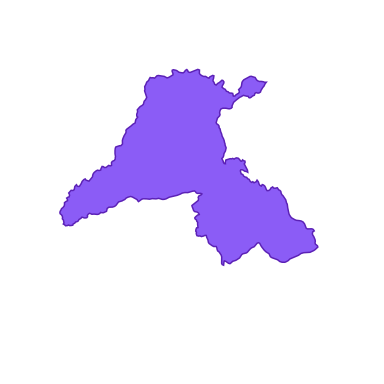 the district of Buenópolis, Minas Gerais, Brazil, rotated 235°
{"feature_id": "56859067B56539099498918", "entity_name": "Buenópolis", "entity_type": "district", "adm_level": 2, "iso_a3": "BRA", "parent_name": "Brazil", "parent_adm1": "Minas Gerais", "projection": "robinson", "projection_center": [-44.044, -17.849], "detail": "fine", "context": "isolated", "style": "filled", "palette": "violet", "viewbox_px": 384, "rotation_deg": 235, "n_neighbors": 0, "source": "geoboundaries", "source_scale": "gbopen_adm2", "svg_char_len": 6084}
<svg xmlns="http://www.w3.org/2000/svg" viewBox="0 0 384 384"><g transform="rotate(235 192 192)"><path d="M239.3,315.8L240.2,314.5L241.6,313.5L243.0,312.0L243.9,310.6L245.4,309.6L246.8,309.2L249.6,309.4L252.8,306.9L253.4,305.8L254.2,298.9L253.8,297.2L253.2,295.9L250.3,293.1L249.7,291.9L249.1,288.9L247.8,288.7L246.6,288.0L246.2,286.8L246.4,283.8L246.0,282.1L246.9,280.9L249.4,281.9L250.4,281.0L251.1,280.0L252.0,279.3L253.4,279.1L254.7,278.0L257.1,278.1L258.2,277.4L260.5,276.7L261.5,277.6L262.8,280.3L263.8,281.3L265.5,281.3L266.4,280.7L266.0,277.2L266.2,275.4L265.8,273.1L267.2,272.4L269.3,272.9L270.9,272.9L271.9,273.7L272.7,274.8L274.6,276.6L275.6,275.9L276.1,272.7L275.5,271.2L277.0,270.2L278.8,269.5L280.0,267.8L281.6,266.8L283.5,266.1L285.0,266.1L287.6,268.1L289.1,267.1L291.0,259.1L291.8,258.2L292.9,257.8L294.0,258.2L295.3,258.0L295.4,256.3L294.7,254.5L294.7,253.0L296.3,251.2L297.8,249.9L299.6,249.4L300.9,248.7L302.9,246.8L303.1,245.6L302.2,244.9L299.8,244.3L298.9,243.6L299.1,240.0L299.3,238.4L299.8,237.0L302.6,235.6L306.7,231.3L307.3,230.0L306.7,226.7L308.0,225.6L308.7,224.3L309.8,223.4L309.2,222.0L308.5,220.9L308.1,219.5L308.0,218.0L306.4,215.6L305.5,213.7L303.0,212.3L302.1,211.2L295.5,209.2L294.8,208.0L294.1,206.4L293.8,204.9L291.7,202.4L291.5,200.5L291.7,199.1L291.6,197.9L290.7,194.3L289.3,193.7L288.3,192.7L287.5,191.4L285.9,190.3L284.5,190.5L283.6,187.6L282.5,186.3L281.2,185.1L281.4,182.2L281.1,180.5L280.9,174.7L280.5,173.3L279.4,172.7L278.4,171.8L277.0,168.6L275.2,165.8L274.1,164.5L271.2,162.6L270.7,160.5L271.5,159.1L272.6,155.5L272.0,154.4L270.1,152.7L267.5,150.9L265.0,149.7L264.1,148.8L263.0,148.0L262.4,146.5L262.8,144.4L262.4,143.0L259.9,141.3L260.3,140.0L261.6,139.0L261.4,135.7L262.3,134.3L263.7,133.9L264.5,133.0L263.3,130.8L262.3,129.7L262.9,128.2L264.1,127.1L264.3,125.6L264.1,123.1L263.7,121.8L262.8,120.4L261.5,119.2L260.0,113.8L262.5,112.0L264.0,112.0L264.2,110.6L263.7,108.1L262.4,106.0L261.2,103.0L261.9,101.9L262.8,101.3L264.2,101.6L264.1,100.3L263.6,99.0L261.5,96.9L261.5,95.3L262.7,94.0L261.9,90.4L260.7,90.3L259.5,89.8L258.5,88.5L258.9,87.3L258.9,85.8L257.4,85.7L256.3,85.1L256.5,83.2L256.4,81.4L255.0,80.5L253.8,79.2L253.3,77.4L253.2,75.6L252.5,74.5L251.9,73.1L251.2,72.2L249.9,71.5L248.2,72.0L246.6,71.9L245.3,71.3L244.4,70.4L242.9,70.6L240.1,69.4L239.6,68.2L238.3,68.8L236.8,69.1L236.0,70.7L235.7,72.0L234.7,72.5L233.9,73.7L233.2,75.3L234.0,76.4L233.7,78.0L234.2,79.4L233.7,80.6L233.5,82.0L234.3,83.7L234.1,85.9L234.6,87.1L233.9,88.0L232.9,88.6L232.1,89.4L231.3,91.0L231.6,92.2L232.9,92.9L233.4,94.5L233.4,95.7L232.5,96.5L231.2,97.2L230.1,99.1L228.0,101.5L227.4,102.8L227.3,104.2L227.7,105.4L226.6,106.4L225.8,107.6L225.2,110.9L227.2,113.1L227.2,115.2L225.2,118.3L224.6,120.4L224.7,122.2L226.0,126.1L224.8,129.7L224.7,131.1L224.4,132.6L224.8,134.6L224.5,136.5L224.1,137.7L223.5,139.2L222.1,140.3L217.2,142.7L216.1,142.5L214.8,142.7L214.9,146.6L214.5,148.0L212.8,150.4L210.4,153.2L209.4,155.6L207.0,158.6L205.9,161.1L203.0,163.4L202.0,164.9L201.3,166.7L200.8,170.4L197.8,177.9L197.0,181.1L196.7,183.4L195.6,185.9L193.9,188.2L192.3,193.0L191.4,194.7L190.2,195.0L189.0,195.0L187.9,195.5L185.8,198.5L184.7,199.0L184.4,197.8L184.8,195.3L184.1,194.0L182.6,193.4L181.5,192.2L181.0,184.2L179.9,183.7L178.8,183.5L175.9,182.7L174.5,182.9L172.6,184.7L171.0,185.3L169.4,185.0L169.9,183.4L169.6,180.6L169.2,179.4L168.2,179.1L166.5,179.6L165.1,179.1L163.9,179.3L162.6,178.2L159.4,176.5L160.0,175.2L159.1,173.8L157.8,172.6L156.5,172.6L155.3,171.5L153.4,171.0L152.1,172.1L151.4,173.4L150.1,174.1L149.4,175.9L149.0,177.8L148.2,178.8L146.6,178.1L143.7,177.6L141.2,176.5L139.9,176.5L136.5,177.7L134.9,178.5L133.5,180.6L132.0,180.3L130.5,179.6L129.0,179.2L128.0,179.7L126.4,179.8L123.6,179.7L121.8,179.1L116.5,175.3L115.2,175.1L113.9,175.9L116.3,178.0L117.0,179.0L115.8,179.9L112.7,181.0L111.5,182.0L111.6,183.8L111.9,185.5L110.9,188.6L110.8,190.0L110.7,193.2L112.2,196.8L112.2,198.2L110.9,201.6L110.9,202.8L111.9,206.7L112.1,208.7L111.5,211.6L112.7,216.0L112.3,217.4L111.2,218.0L107.5,217.6L102.9,217.8L100.5,218.3L97.2,219.7L94.1,219.1L92.9,219.5L91.6,220.3L87.5,223.2L84.6,224.1L82.9,225.4L81.2,227.7L80.9,228.9L80.6,231.4L81.0,233.8L79.1,242.8L79.1,246.1L78.2,248.7L74.9,254.1L74.2,258.1L74.2,260.0L74.7,263.5L76.0,263.9L78.6,263.2L79.9,263.7L81.0,264.8L82.5,265.5L85.8,266.2L87.3,266.2L88.7,266.6L90.1,268.0L90.0,269.8L91.7,269.9L93.1,269.1L95.6,265.3L96.9,264.8L101.3,265.9L103.7,265.8L105.5,264.9L106.8,263.7L109.0,261.2L110.4,260.3L113.4,258.9L114.7,258.6L117.5,258.7L118.7,259.0L124.1,261.3L127.5,263.1L128.6,263.1L131.8,264.3L136.7,264.4L138.2,264.1L139.7,264.3L141.6,265.1L142.9,264.9L144.0,264.3L146.6,264.3L147.4,262.2L148.5,261.1L149.9,261.0L150.0,258.9L149.2,257.4L149.2,255.7L150.0,254.3L151.4,254.3L153.8,254.9L155.4,255.0L156.9,254.5L157.8,253.8L157.1,252.1L158.7,251.4L160.0,251.5L162.3,252.2L164.4,252.1L163.6,250.4L164.0,248.1L165.6,247.7L165.6,246.4L167.1,245.8L169.7,246.0L170.9,245.2L172.6,245.2L174.0,244.0L175.6,243.4L177.1,243.7L178.7,242.7L181.6,243.7L182.2,244.8L181.2,246.1L178.6,247.2L177.8,248.2L176.2,249.0L178.2,250.0L185.0,250.9L185.6,252.3L186.9,253.1L188.1,252.2L189.3,251.9L188.7,250.4L189.6,249.6L191.3,249.6L193.1,249.3L194.4,248.1L194.8,246.9L194.8,245.4L196.2,244.6L196.5,243.3L197.4,242.4L198.8,238.1L197.0,236.1L196.0,235.6L196.8,234.7L198.3,234.7L199.3,235.2L202.3,235.6L202.6,237.3L203.2,238.3L204.0,239.2L205.1,240.2L206.4,242.9L208.6,245.3L211.4,246.0L212.6,246.7L214.1,247.1L215.3,247.7L217.4,248.3L220.4,248.7L222.7,249.6L225.0,250.1L227.6,251.2L229.1,251.1L230.5,252.0L232.1,252.0L233.6,251.4L234.9,251.5L237.9,255.2L238.6,258.4L239.4,259.4L241.0,260.0L242.4,261.4L243.4,263.1L243.1,265.0L242.2,266.4L241.1,267.9L239.3,269.6L238.5,270.7L238.1,272.1L238.4,273.5L239.5,274.1L241.6,277.5L242.0,281.3L242.2,285.4L241.9,286.9L241.7,289.5L239.2,291.7L238.2,292.9L236.8,292.7L235.9,293.4L235.7,294.7L235.9,296.6L235.5,298.6L236.7,300.1L236.6,301.6L235.5,302.4L234.7,303.6L234.6,305.4L235.6,306.7L237.0,309.9L237.4,311.6L238.8,314.1L239.3,315.8Z" fill="#8b5cf6" stroke="#5b21b6" stroke-width="1.5"/></g></svg>